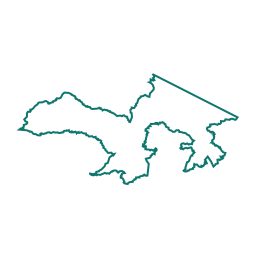 Itaituba, Pará, Brazil, rotated 95°
{"feature_id": "56859067B66387525503702", "entity_name": "Itaituba", "entity_type": "district", "adm_level": 2, "iso_a3": "BRA", "parent_name": "Brazil", "parent_adm1": "Pará", "projection": "natural_earth1", "projection_center": [-56.242, -6.032], "detail": "fine", "context": "isolated", "style": "outline", "palette": "teal", "viewbox_px": 256, "rotation_deg": 95, "n_neighbors": 0, "source": "geoboundaries", "source_scale": "gbopen_adm2", "svg_char_len": 5951}
<svg xmlns="http://www.w3.org/2000/svg" viewBox="0 0 256 256"><g transform="rotate(95 128 128)"><path d="M72.2,108.3L73.8,106.4L75.3,106.5L76.0,107.5L78.0,105.9L78.6,107.0L77.6,109.7L80.2,109.5L80.6,110.6L81.0,109.4L82.7,107.2L85.6,105.8L87.4,105.8L91.7,109.1L95.1,109.4L94.9,110.9L93.5,113.9L94.7,115.5L95.5,118.0L96.1,117.9L98.4,120.2L102.2,121.0L103.5,122.2L104.9,121.8L105.3,122.7L107.4,123.4L107.7,124.0L107.3,126.1L108.3,126.0L109.4,127.1L110.2,127.1L112.5,126.7L112.8,125.7L116.8,125.0L121.9,126.5L121.7,127.4L120.8,127.4L120.1,128.6L119.3,128.5L118.4,129.6L116.9,129.8L116.7,131.7L115.8,132.9L115.8,133.8L116.8,135.0L116.3,136.8L117.0,139.9L114.6,143.6L114.5,145.0L113.9,145.5L113.6,147.4L112.9,147.5L113.1,148.2L112.4,149.1L112.6,149.8L111.9,150.6L112.2,151.1L111.7,153.3L112.6,154.7L112.1,154.8L111.4,156.9L110.6,157.0L110.9,158.0L110.3,158.5L111.3,160.0L112.2,165.3L111.6,167.0L110.6,167.5L110.5,170.1L109.8,170.3L110.4,171.5L110.2,172.0L109.7,172.2L108.8,174.3L108.2,174.3L108.2,175.2L106.3,176.2L106.0,177.2L104.5,178.6L105.0,179.2L103.7,181.2L103.5,182.6L102.4,183.2L101.9,182.9L100.7,184.0L100.7,185.1L99.8,186.3L99.9,187.0L99.1,187.6L98.2,190.3L98.3,194.5L100.2,196.2L103.6,197.5L104.6,199.2L104.6,201.5L105.7,202.3L106.1,201.8L106.7,202.0L108.0,205.0L108.9,205.0L109.1,206.2L110.7,208.7L110.5,209.6L109.5,209.5L108.3,212.0L108.4,212.9L109.9,215.3L110.2,218.5L111.2,219.9L112.4,220.2L114.1,222.4L116.8,224.2L117.9,225.5L118.2,226.9L118.8,227.0L119.4,226.4L120.4,226.8L120.6,229.2L122.1,229.9L125.6,229.7L128.5,232.1L130.2,230.9L130.9,228.9L132.0,228.8L133.1,229.8L134.0,232.1L135.9,231.9L136.6,232.8L137.5,232.3L137.8,234.8L139.1,236.2L139.1,228.7L139.7,226.3L140.4,225.3L140.0,224.5L140.3,223.5L141.9,222.0L142.2,221.1L142.2,219.3L143.1,217.3L143.1,214.9L142.4,214.2L141.3,214.7L140.8,213.9L141.4,211.8L140.4,209.6L140.5,209.1L139.6,208.2L139.1,205.8L139.8,204.5L138.6,202.0L138.9,199.8L138.5,197.6L139.0,196.5L138.7,194.5L138.3,194.1L138.4,193.3L137.8,191.9L137.1,192.0L136.4,191.3L136.1,188.9L135.7,188.7L135.9,187.2L135.4,186.7L136.9,185.9L137.3,184.5L137.3,184.0L136.6,184.3L136.2,183.7L137.1,181.5L136.2,180.3L136.7,179.4L137.8,178.7L136.8,178.0L137.1,177.4L136.6,176.9L137.1,176.8L137.1,175.7L136.2,174.1L137.3,171.9L137.1,169.4L138.8,168.9L138.7,167.5L139.9,166.1L139.3,163.0L140.3,161.5L139.6,159.5L140.9,159.2L141.4,157.2L142.0,157.7L142.7,156.7L142.5,154.9L143.2,153.5L145.1,153.9L145.5,152.5L147.4,152.1L147.5,151.5L148.7,150.5L149.7,150.9L151.2,148.6L152.1,148.5L153.2,146.9L154.4,146.0L154.6,145.4L154.0,142.6L154.8,141.5L155.6,141.2L155.0,139.3L156.8,140.3L156.7,141.3L158.8,143.8L164.6,145.1L165.6,147.3L168.0,147.8L171.7,150.9L172.9,152.9L173.6,153.1L174.5,155.8L176.3,155.8L176.6,157.9L177.2,158.2L176.7,161.8L177.1,161.8L178.1,159.9L178.1,157.8L177.3,156.7L177.8,155.1L177.0,154.0L177.1,151.5L174.7,147.1L175.3,145.7L174.8,144.3L175.2,142.7L172.8,140.8L172.8,139.7L172.0,139.4L171.5,137.9L171.4,136.1L172.4,134.6L173.1,134.5L173.2,133.7L171.9,132.7L171.4,130.4L172.1,128.4L173.2,127.4L173.5,129.1L174.3,130.1L176.1,130.2L176.0,130.8L176.8,131.0L178.2,130.9L178.5,129.2L179.5,128.3L181.9,126.9L182.8,127.5L183.5,126.5L183.8,123.4L182.7,123.0L181.7,121.3L181.2,118.6L180.3,118.6L179.1,117.2L178.5,117.1L178.4,115.9L176.6,115.6L176.8,114.9L176.3,114.4L176.3,112.7L176.0,112.9L175.3,112.1L174.3,109.3L173.6,108.5L174.1,108.5L173.4,106.9L174.0,106.1L173.7,104.5L161.9,104.2L158.8,106.8L157.0,107.5L155.9,103.8L154.6,102.8L153.7,103.0L153.1,101.9L152.3,101.9L151.6,101.0L151.2,100.0L151.7,99.2L150.4,99.1L149.4,99.6L148.1,97.7L147.2,97.5L146.1,98.1L145.9,98.8L147.5,99.8L148.2,101.1L147.6,102.6L147.8,103.9L148.3,104.1L147.6,105.2L147.8,107.7L146.9,108.3L147.1,108.6L146.0,108.6L146.3,109.0L144.5,109.1L145.4,110.9L145.0,111.7L142.9,111.5L143.1,110.7L140.6,109.2L140.3,110.3L137.8,109.0L136.6,109.3L135.0,108.7L132.9,108.9L132.9,108.3L131.7,108.5L130.9,107.6L130.3,108.6L129.6,108.5L129.2,110.4L127.7,110.3L126.2,108.4L126.4,107.5L124.9,107.8L124.3,107.0L124.2,105.8L123.6,106.2L122.0,105.7L121.4,100.6L120.6,100.8L120.4,99.1L121.6,99.0L121.8,98.4L121.2,98.4L120.8,96.6L119.8,96.6L119.6,94.3L119.2,94.0L120.1,92.4L121.1,91.9L121.1,91.0L123.4,90.3L124.2,87.6L125.4,87.6L126.5,86.3L126.7,84.9L127.9,82.8L127.7,81.2L126.1,79.7L125.8,77.5L126.3,76.8L127.6,76.5L127.4,74.0L127.9,73.1L128.0,70.3L129.5,68.2L130.0,66.5L134.2,63.0L134.8,61.2L136.8,62.8L138.5,62.8L138.7,65.5L139.2,66.1L138.2,67.8L139.2,69.5L138.4,71.3L139.0,73.2L140.4,73.8L142.1,72.7L142.9,73.2L143.1,74.0L143.6,74.1L144.2,73.4L143.8,72.3L144.4,71.2L143.5,70.3L142.7,68.4L143.1,66.9L141.8,63.7L142.0,63.1L144.5,62.0L144.6,61.4L145.0,61.4L144.8,60.7L145.4,60.5L145.9,61.1L146.6,59.7L149.3,61.8L149.9,61.6L150.0,62.5L151.1,63.2L155.5,64.3L156.5,65.1L156.9,66.2L162.8,67.4L164.1,67.1L164.7,68.1L165.7,68.9L166.0,68.6L166.4,66.9L165.9,65.3L165.3,65.0L165.2,63.7L164.0,62.9L163.0,59.6L162.1,59.8L160.9,58.4L159.1,59.0L158.1,58.8L158.6,57.6L158.4,56.1L160.1,54.2L160.5,52.8L160.1,52.4L160.4,51.4L159.2,51.4L159.5,50.1L158.9,49.3L158.0,49.2L157.1,47.9L156.7,48.1L156.3,46.4L154.9,47.1L154.9,48.3L153.8,47.8L153.1,48.6L149.5,46.1L154.2,42.3L159.0,39.5L157.3,37.9L156.4,37.7L155.4,35.4L151.8,36.1L151.4,34.2L151.9,33.8L150.2,31.1L149.4,32.4L149.1,32.0L148.4,32.8L148.4,30.7L147.5,30.8L147.0,29.5L144.4,28.8L143.9,31.3L143.1,31.7L142.6,32.7L139.3,34.6L140.0,35.2L138.8,36.4L138.6,36.2L137.9,37.5L137.5,38.6L138.1,38.9L137.9,39.9L136.1,40.8L135.9,41.4L136.2,41.9L135.2,42.8L135.2,43.4L134.4,42.6L133.2,43.2L131.2,41.5L128.9,41.4L128.3,42.1L126.8,41.2L126.5,42.4L126.2,41.8L125.2,42.1L124.4,43.4L125.0,44.7L124.6,44.8L124.6,46.2L123.5,47.0L123.7,49.1L123.3,48.5L122.1,49.3L120.7,49.1L119.7,46.6L119.0,46.6L118.7,46.0L117.4,46.4L116.5,42.1L117.0,39.2L115.9,38.2L116.2,37.5L115.8,36.5L114.8,35.8L113.0,36.0L113.0,33.3L112.3,32.2L110.9,31.7L111.0,27.4L110.2,27.0L109.7,24.9L110.5,21.9L110.1,21.2L107.8,19.8L72.2,108.3Z" fill="none" stroke="#0f766e" stroke-width="2"/></g></svg>